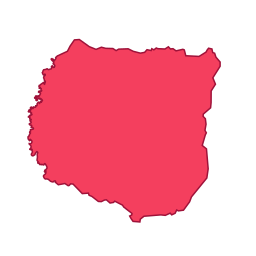 outline of Vichadero, Rivera, Uruguay, rotated 172°
{"feature_id": "84410073B89841560148342", "entity_name": "Vichadero", "entity_type": "district", "adm_level": 2, "iso_a3": "URY", "parent_name": "Uruguay", "parent_adm1": "Rivera", "projection": "mercator", "projection_center": [-54.498, -31.798], "detail": "fine", "context": "isolated", "style": "filled", "palette": "rose", "viewbox_px": 256, "rotation_deg": 172, "n_neighbors": 0, "source": "geoboundaries", "source_scale": "gbopen_adm2", "svg_char_len": 5972}
<svg xmlns="http://www.w3.org/2000/svg" viewBox="0 0 256 256"><g transform="rotate(172 128 128)"><path d="M207.5,84.4L204.9,81.5L198.2,81.8L195.3,79.2L194.2,79.3L192.6,80.7L190.2,80.1L182.4,69.4L176.3,69.0L175.9,66.8L173.3,65.3L167.6,59.4L164.7,58.8L161.4,59.9L159.4,59.9L156.2,56.2L152.7,56.3L151.3,57.4L144.2,52.4L143.2,50.3L136.0,42.9L136.4,41.4L138.6,40.6L137.5,37.7L136.0,34.8L129.3,33.3L128.5,36.0L124.5,38.4L107.6,37.4L103.2,36.3L98.1,37.8L96.8,35.9L93.2,37.0L91.2,40.0L89.6,38.9L84.5,38.9L77.3,46.3L74.7,51.0L56.9,67.5L54.3,76.4L53.2,96.4L56.9,100.4L52.4,110.4L51.1,112.3L52.1,115.0L50.2,120.9L50.1,126.4L52.0,129.1L51.5,131.3L43.4,136.5L42.2,141.5L40.5,153.1L35.3,159.2L37.0,165.9L28.2,176.3L27.6,180.5L31.1,186.0L31.8,190.0L33.6,190.9L33.9,194.6L37.1,195.8L38.6,194.4L40.2,192.3L47.7,189.0L60.7,191.5L61.4,197.5L62.7,198.3L69.7,197.7L72.4,200.3L75.0,200.4L76.7,202.8L80.4,201.1L87.4,202.4L88.9,203.3L91.5,201.8L93.4,203.2L94.3,201.5L98.3,202.9L101.0,200.6L105.3,200.4L112.1,203.2L116.8,206.4L126.3,207.4L129.0,206.3L131.9,208.8L139.0,210.0L143.1,211.7L148.7,210.3L155.1,214.0L163.9,222.4L168.8,222.7L173.9,217.2L177.3,212.4L187.9,209.2L189.8,207.9L189.6,207.3L189.8,206.8L190.4,206.1L191.0,205.7L191.4,205.0L191.7,204.9L192.1,204.9L192.3,205.2L192.4,206.4L192.7,206.7L193.4,206.9L193.7,207.3L194.3,207.1L194.5,206.9L194.1,205.9L192.5,203.9L192.6,203.4L192.4,202.8L192.5,202.4L193.1,202.3L193.2,202.0L192.0,200.7L191.8,199.7L192.5,198.4L193.3,198.3L193.7,198.5L193.9,199.8L194.3,200.1L194.9,199.9L195.3,199.4L195.3,198.0L195.5,197.6L195.8,197.3L197.4,197.1L198.0,196.9L198.6,196.9L199.2,197.2L199.6,197.8L200.1,197.9L201.1,197.5L203.4,197.4L204.0,196.7L204.4,196.1L204.5,195.5L204.7,195.1L205.2,194.7L204.6,192.6L204.2,192.3L203.7,192.3L203.2,192.8L202.9,192.9L202.6,192.7L202.5,192.3L202.8,191.6L203.9,190.9L204.4,190.2L204.6,189.4L204.4,189.1L204.2,188.0L204.2,187.0L204.0,186.5L203.4,185.8L203.4,185.5L203.5,185.3L203.9,185.2L204.2,185.1L204.3,184.9L203.8,184.7L203.7,184.6L203.8,184.4L204.3,184.2L204.3,183.4L204.5,183.0L205.2,183.6L205.3,183.8L205.1,184.5L205.2,184.8L205.5,184.9L206.0,184.5L208.6,183.2L209.3,182.6L210.0,182.5L210.3,181.9L210.4,181.4L210.2,181.2L210.1,180.7L210.4,179.8L210.3,179.6L210.1,179.6L209.9,180.1L209.2,180.3L209.1,179.6L208.5,179.1L208.5,178.9L208.8,178.5L208.9,177.4L208.7,177.3L208.4,177.2L208.3,176.9L208.8,176.5L209.7,176.7L210.1,176.7L210.4,176.9L211.1,176.8L211.4,176.6L211.6,176.0L211.4,175.8L211.1,176.0L210.8,176.2L210.5,175.9L210.3,175.1L209.9,174.9L209.8,174.7L210.0,174.0L210.3,173.7L210.5,173.1L211.1,172.7L211.7,171.8L211.9,171.8L212.1,172.3L212.6,172.4L212.8,172.3L213.0,171.4L214.1,171.1L214.3,171.2L214.0,172.3L214.4,172.6L214.7,172.6L215.1,172.4L215.6,171.4L216.2,171.1L216.3,170.8L216.2,170.5L216.0,170.4L215.1,170.5L214.6,170.4L214.5,170.2L214.5,169.2L215.2,169.0L215.3,168.7L215.2,168.2L214.9,167.9L214.0,168.1L213.7,168.4L213.2,169.3L212.6,169.8L211.6,169.9L211.2,169.8L211.3,169.0L211.2,168.7L210.9,168.6L210.3,169.0L209.8,168.8L209.2,167.9L208.9,167.2L209.0,167.0L209.4,166.7L209.8,166.9L210.3,166.9L210.4,166.3L210.1,166.0L210.2,165.6L210.5,165.6L210.7,166.1L211.2,166.2L211.4,166.1L212.1,164.8L212.8,165.6L213.1,166.1L213.3,166.1L213.5,166.0L214.2,165.0L214.6,164.8L214.8,163.9L214.7,163.5L215.2,162.8L215.4,162.8L216.3,162.9L216.4,162.7L216.2,162.3L216.3,162.0L216.6,161.6L217.3,161.4L217.6,161.5L218.1,161.9L218.7,162.0L219.1,161.3L219.0,160.9L219.5,160.5L220.0,160.7L220.3,161.9L220.5,162.1L221.0,162.2L221.4,162.0L221.7,161.8L221.8,161.6L221.7,161.4L221.2,161.0L221.2,160.8L221.6,160.5L221.4,160.0L221.6,159.7L221.9,159.7L222.1,160.0L222.4,160.1L222.8,159.7L223.5,159.6L224.4,158.1L224.2,157.8L223.9,157.7L223.7,157.7L223.0,158.4L222.3,158.3L222.3,157.9L222.7,157.8L222.8,157.6L222.8,157.4L222.1,156.7L221.5,156.4L221.5,156.1L221.6,155.9L222.1,155.7L222.1,155.3L221.3,154.8L221.3,154.6L221.6,154.5L222.3,154.7L222.5,154.4L222.5,154.1L222.9,153.8L223.7,154.1L223.8,153.9L224.1,153.5L224.9,153.2L225.1,152.9L225.1,152.7L224.9,152.6L224.0,152.5L223.7,152.3L223.7,152.0L224.0,151.2L223.9,150.6L223.6,150.4L223.1,150.3L222.8,150.0L222.7,149.7L222.9,149.4L223.6,149.6L223.9,149.6L224.0,149.4L224.0,149.0L223.8,148.2L223.3,147.7L223.1,147.5L223.1,147.1L223.2,146.8L223.7,146.4L225.0,146.0L225.2,145.8L225.2,145.4L224.6,144.6L224.0,144.3L223.2,144.2L223.1,143.8L223.0,143.3L223.1,143.0L223.8,142.5L223.9,142.3L223.8,142.0L223.5,141.9L222.8,141.8L221.8,141.2L221.7,140.6L221.8,140.3L222.3,140.0L224.8,139.9L225.0,139.6L224.9,138.7L225.0,138.4L225.9,137.8L226.0,137.2L225.5,136.9L225.3,136.7L225.4,136.4L226.5,135.3L226.8,134.2L227.2,134.1L227.6,133.5L228.3,133.1L228.4,131.3L228.2,130.6L227.7,130.2L227.6,129.5L227.2,129.1L226.6,129.3L226.4,129.5L226.4,130.2L226.3,130.3L226.2,130.3L225.1,128.7L225.0,128.0L225.3,127.0L225.9,126.3L226.2,126.1L227.4,126.1L228.0,126.4L228.1,126.2L228.0,125.7L226.9,124.4L226.6,123.7L226.6,122.9L227.0,121.7L227.6,121.2L228.1,120.9L228.2,120.5L226.9,119.8L226.5,120.2L226.3,120.3L226.1,120.2L226.0,119.9L226.1,118.8L226.0,118.0L226.1,117.2L227.2,115.9L227.4,115.4L227.4,114.8L226.8,113.9L226.3,113.7L225.7,113.7L224.0,114.5L223.1,116.0L221.9,117.1L221.7,117.3L221.4,117.2L221.0,116.8L220.8,116.3L220.9,115.8L221.6,114.6L221.7,111.9L222.5,109.1L222.5,108.4L221.7,107.0L222.1,106.6L222.2,105.9L221.5,105.4L220.9,105.5L220.7,105.3L220.6,104.4L220.3,104.0L219.5,104.0L218.8,103.7L218.5,104.0L218.3,104.0L217.1,103.2L216.4,103.2L215.9,104.1L215.3,104.3L215.0,104.0L214.6,103.2L213.8,101.3L213.7,100.2L214.0,99.2L215.5,98.0L216.2,97.8L216.4,97.1L216.7,96.8L216.5,96.6L216.1,96.7L215.9,97.0L215.6,97.1L215.3,97.0L215.2,96.8L216.2,96.0L216.3,95.6L215.7,95.4L215.5,95.1L216.0,94.3L216.3,93.9L217.7,93.1L218.2,92.6L218.4,92.2L218.4,91.6L218.1,90.6L217.7,89.7L217.1,89.1L216.6,88.9L216.0,89.0L215.0,88.7L214.0,88.2L212.1,86.0L210.8,85.3L209.8,85.0L209.3,85.2L208.5,85.8L207.9,85.8L207.4,85.7L207.2,85.3L207.2,84.7L207.5,84.4Z" fill="#f43f5e" stroke="#9f1239" stroke-width="1.5"/></g></svg>